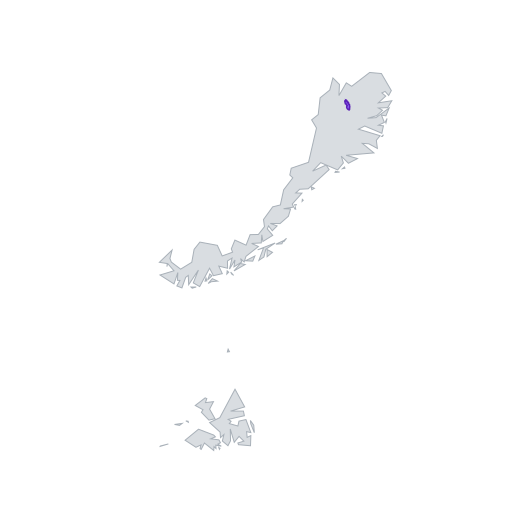 Sigdal nor, Buskerud, Norway (highlighted), rotated 195°
{"feature_id": "86288312B81209358374385", "entity_name": "Sigdal nor", "entity_type": "district", "adm_level": 2, "iso_a3": "NOR", "parent_name": "Norway", "parent_adm1": "Buskerud", "projection": "albers", "projection_center": [9.585, 60.13], "detail": "fine", "context": "in_parent", "style": "filled", "palette": "violet", "viewbox_px": 512, "rotation_deg": 195, "n_neighbors": 0, "source": "geoboundaries", "source_scale": "gbopen_adm2", "svg_char_len": 5120}
<svg xmlns="http://www.w3.org/2000/svg" viewBox="0 0 512 512"><g transform="rotate(195 256 256)"><path d="M288.7,247.3L279.6,253.6L281.7,256.5L280.5,265.9L268.4,263.9L267.2,275.1L259.3,277.4L255.4,286.5L258.2,293.2L252.6,307.8L245.7,311.6L246.4,327.1L240.7,341.0L244.3,343.0L244.7,349.9L229.5,360.1L230.7,395.3L237.5,401.9L232.5,408.7L235.0,425.4L227.7,435.4L227.8,447.9L219.8,443.3L217.4,432.4L213.6,446.6L207.5,444.7L193.7,462.7L182.1,464.7L168.1,450.8L169.4,445.4L173.9,448.4L176.6,446.1L172.1,444.0L177.5,435.6L165.0,441.1L167.2,433.4L176.0,430.6L171.5,429.5L175.7,422.8L183.9,417.9L175.9,420.7L165.7,433.4L166.8,425.0L171.3,424.6L166.6,418.3L171.6,414.0L166.6,414.7L166.2,407.1L184.6,409.7L189.9,405.0L167.3,404.3L169.7,398.9L166.6,391.3L176.1,393.6L182.5,392.3L168.8,386.1L195.0,376.6L183.2,376.4L190.7,369.5L199.5,374.5L195.7,368.5L199.4,360.3L217.7,362.9L223.3,352.6L211.8,362.0L207.7,358.4L223.0,334.4L231.0,331.8L234.0,327.2L227.9,328.6L234.4,315.6L232.3,313.0L241.6,308.8L234.8,310.4L235.0,302.8L241.2,293.5L250.6,291.2L243.4,290.5L246.8,284.6L251.7,288.3L252.1,285.1L245.2,280.3L253.1,271.8L255.9,278.0L254.3,270.0L263.5,267.0L256.1,265.8L265.6,253.1L265.9,247.2L270.3,249.5L268.2,246.5L274.5,239.8L275.3,246.7L278.2,236.5L278.6,247.8L282.3,243.8L280.3,236.8L289.3,236.6L284.0,230.2L292.0,226.0L297.7,232.2L302.5,211.9L309.6,213.8L308.0,227.5L313.6,210.9L316.4,219.7L318.4,217.2L319.3,206.0L324.7,206.6L323.2,212.7L325.6,212.2L327.2,219.8L328.0,207.8L343.8,212.8L331.4,220.5L339.3,225.8L347.7,224.9L338.6,240.0L338.5,231.3L336.2,228.2L325.4,223.8L316.4,233.3L317.5,246.4L313.8,254.9L296.1,256.3L288.7,247.3ZM234.0,65.5L240.6,68.6L240.8,75.2L243.3,71.4L245.1,76.6L257.7,83.1L249.1,90.5L241.8,121.9L227.9,107.3L240.4,99.6L228.0,102.9L225.9,98.7L240.6,91.0L237.3,89.9L238.4,87.2L229.5,87.1L229.7,92.1L223.4,95.4L215.3,84.1L219.6,83.9L217.6,78.5L214.5,81.2L212.2,71.3L224.1,69.2L225.1,70.7L219.8,74.0L225.7,77.4L228.8,70.4L236.1,82.3L232.8,70.9L234.0,65.5ZM246.5,57.2L257.4,62.0L258.9,55.0L260.2,55.5L260.2,59.3L264.5,55.7L276.8,59.7L266.7,73.8L250.5,72.1L248.4,70.8L252.4,67.7L244.2,68.8L242.0,66.4L244.2,64.4L240.3,63.3L245.9,62.9L244.8,59.7L247.2,61.0L246.5,57.2ZM259.0,85.3L268.3,90.9L267.4,93.8L276.0,95.9L268.4,105.8L266.6,105.5L266.9,101.3L259.4,104.3L261.2,96.1L253.5,88.2L259.0,85.3ZM250.8,265.8L256.0,262.4L240.9,273.5L248.3,265.0L248.1,257.1L252.1,252.5L250.8,265.8ZM257.8,250.2L264.9,248.7L257.1,255.7L257.8,250.2ZM264.3,245.0L273.4,235.9L269.2,244.7L264.3,245.0ZM211.9,84.9L217.5,92.4L218.9,95.7L214.4,92.0L211.9,84.9ZM245.1,258.2L247.0,265.1L241.0,263.8L245.1,258.2ZM295.1,217.1L292.3,222.8L286.6,221.8L292.5,219.6L295.1,217.1ZM296.5,220.5L296.0,226.7L293.4,225.5L296.5,220.5ZM234.1,274.5L239.8,272.6L233.8,277.6L234.1,274.5ZM299.2,47.7L292.0,51.8L299.3,47.3L299.2,47.7ZM286.0,72.6L291.1,72.2L284.0,75.2L286.0,72.6ZM305.7,210.6L309.3,208.4L310.8,209.2L305.7,210.6ZM298.7,218.5L298.6,221.8L297.0,219.3L298.7,218.5ZM279.5,231.0L280.0,234.2L278.2,233.3L279.5,231.0ZM258.8,155.9L258.8,158.8L256.9,156.7L258.8,155.9ZM281.1,78.6L278.8,78.8L278.3,77.9L281.1,78.6ZM219.3,334.4L220.6,337.1L217.1,336.5L219.3,334.4ZM272.6,231.5L274.8,232.3L276.3,233.9L272.6,231.5ZM241.3,59.8L242.4,61.4L241.0,60.9L241.3,59.8ZM201.1,358.4L197.0,358.7L201.3,357.2L201.1,358.4ZM195.1,362.7L193.5,364.9L192.8,363.7L195.1,362.7ZM232.9,278.4L231.1,281.0L233.0,276.6L232.9,278.4ZM165.7,419.3L165.0,422.8L164.9,418.1L165.7,419.3ZM230.8,313.6L229.8,311.5L231.0,311.6L230.8,313.6ZM339.3,222.7L339.7,225.3L339.4,224.9L339.3,222.7ZM231.9,315.6L229.7,316.1L232.4,315.0L231.9,315.6ZM225.6,320.7L225.9,322.7L224.8,322.1L225.6,320.7ZM165.5,404.0L164.3,406.1L164.7,404.3L165.5,404.0Z" fill="#d9dde1" stroke="#a8b0b8" stroke-width="1"/><path d="M203.8,421.2L203.7,421.4L203.6,421.7L203.6,421.8L203.6,422.0L203.6,422.3L203.8,422.4L203.9,422.5L204.0,422.9L204.0,423.1L203.9,423.5L204.0,423.9L204.0,424.0L204.1,424.5L204.2,424.9L204.3,425.0L204.6,425.6L204.7,425.8L204.9,426.4L205.3,426.4L205.3,426.5L205.5,426.5L205.7,426.8L205.8,426.9L205.8,427.0L206.0,427.1L205.9,427.1L206.0,427.1L206.0,427.3L206.1,427.5L206.3,427.6L206.4,427.8L206.4,428.0L206.5,428.0L206.9,428.2L207.0,428.3L207.1,428.2L207.1,428.3L207.1,428.5L207.3,428.5L207.5,428.6L207.9,428.6L207.9,428.9L208.0,428.9L208.0,429.0L208.3,429.2L208.4,429.3L208.5,429.3L208.5,429.5L208.8,429.6L208.9,429.8L209.0,429.8L209.1,430.0L209.1,429.9L209.2,430.0L209.3,430.0L209.2,429.9L209.2,429.7L209.0,429.4L209.1,429.2L209.3,429.1L209.4,428.9L209.5,428.8L209.8,428.8L209.9,429.0L210.0,429.0L210.0,428.9L210.3,428.8L210.3,428.7L210.2,428.3L210.1,428.1L210.0,427.9L209.9,427.8L209.9,427.7L209.7,427.4L209.6,427.2L209.5,426.9L209.4,426.7L209.1,426.4L208.9,426.3L208.9,426.2L208.7,426.2L208.3,425.9L208.2,425.9L207.9,425.7L207.7,425.5L207.6,425.4L207.4,425.3L207.4,425.2L207.1,425.1L206.9,425.0L206.9,424.9L206.9,424.7L207.0,424.7L207.1,424.4L207.1,423.9L207.0,423.6L207.0,423.3L206.9,423.1L206.7,422.7L206.2,422.2L205.7,421.7L205.4,421.6L205.0,421.5L204.9,421.5L204.8,421.4L204.7,421.3L204.4,421.3L204.1,421.2L203.9,421.2L203.8,421.2Z" fill="#8b5cf6" stroke="#5b21b6" stroke-width="1.5"/></g></svg>